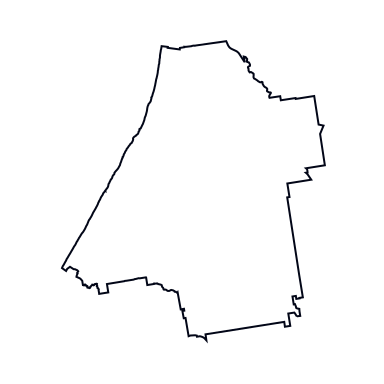 the district of Capel, Western Australia, Australia, rotated 351°
{"feature_id": "25037944B63911738750692", "entity_name": "Capel", "entity_type": "district", "adm_level": 2, "iso_a3": "AUS", "parent_name": "Australia", "parent_adm1": "Western Australia", "projection": "albers", "projection_center": [115.572, -33.527], "detail": "fine", "context": "isolated", "style": "outline", "palette": "ink", "viewbox_px": 384, "rotation_deg": 351, "n_neighbors": 0, "source": "geoboundaries", "source_scale": "gbopen_adm2", "svg_char_len": 5825}
<svg xmlns="http://www.w3.org/2000/svg" viewBox="0 0 384 384"><g transform="rotate(351 192 192)"><path d="M184.8,43.2L183.9,46.0L183.4,47.0L183.0,48.4L182.1,51.0L181.7,52.3L181.4,54.1L180.6,56.2L180.4,57.4L180.0,58.4L180.0,58.9L179.7,60.1L179.1,61.2L178.5,63.4L178.0,64.7L177.7,66.0L177.3,66.8L176.9,68.5L176.4,70.0L175.6,72.1L175.2,73.0L174.8,74.1L174.5,74.6L174.2,75.3L173.3,77.9L172.9,79.0L172.6,79.8L172.4,80.5L171.5,82.6L170.9,84.2L169.7,86.9L168.9,88.3L167.6,91.2L167.2,91.8L166.9,92.0L166.6,92.2L166.6,93.1L166.5,93.3L165.3,96.1L164.7,96.7L163.9,97.5L162.9,98.3L162.6,98.7L162.4,99.4L161.9,100.0L161.6,100.5L160.9,102.3L160.5,103.8L159.9,105.5L159.1,107.3L158.1,109.5L157.1,111.0L156.1,113.6L155.8,114.1L154.1,117.2L153.6,117.8L152.5,119.4L151.8,120.4L151.5,120.9L151.1,121.3L150.8,121.4L150.1,121.4L149.9,121.7L149.8,121.9L149.9,122.5L149.7,123.1L149.3,123.5L148.7,124.0L148.6,124.6L148.1,125.5L147.8,126.0L146.8,126.7L146.1,126.9L145.6,127.5L145.3,127.7L143.8,128.3L142.9,128.9L142.4,129.4L142.1,130.1L142.1,131.0L141.2,132.7L140.3,133.7L140.1,134.1L139.9,134.3L139.0,134.6L138.6,134.9L138.1,135.6L136.4,137.1L135.8,137.9L134.2,139.3L133.7,140.3L132.4,141.6L131.6,143.0L130.5,144.2L130.2,145.2L129.8,145.8L129.5,146.3L129.4,146.4L129.2,146.4L129.0,146.5L128.9,147.3L128.4,147.7L128.3,147.8L128.2,148.3L127.8,148.8L126.9,150.6L126.6,151.2L125.7,152.6L125.1,154.1L124.9,154.4L124.3,155.1L122.7,157.2L121.2,158.5L119.8,159.6L118.6,160.7L118.4,160.9L118.2,161.9L117.6,162.6L117.0,162.9L116.1,163.9L115.9,164.2L115.3,165.6L114.3,166.7L113.7,167.0L113.5,167.5L112.7,168.6L112.3,169.1L111.8,170.0L110.8,171.1L110.7,171.4L110.5,172.1L110.3,172.6L110.1,173.2L109.7,173.9L108.8,175.0L108.4,175.2L107.3,176.4L106.8,176.8L106.6,177.0L106.6,177.3L106.5,177.2L106.4,177.3L106.0,177.6L105.2,178.5L104.1,179.4L103.4,180.7L101.6,182.6L100.6,184.0L100.0,185.1L99.7,185.4L99.2,186.0L98.6,186.7L98.3,187.4L97.9,187.7L97.2,189.1L95.9,191.0L95.3,191.7L94.3,193.1L91.0,197.1L90.1,198.5L89.2,199.8L88.6,200.6L87.3,202.1L86.9,202.7L86.3,203.1L85.9,203.6L85.5,204.1L83.2,208.0L82.5,208.7L80.5,211.7L78.5,214.1L77.7,214.9L76.8,215.6L74.9,217.8L74.4,218.5L73.1,219.8L72.6,220.6L71.7,221.6L71.1,222.5L70.5,223.0L68.5,225.9L67.0,227.4L66.0,228.7L65.3,229.6L63.4,231.9L61.8,233.9L60.9,234.9L58.7,237.6L57.6,238.8L57.3,239.3L57.0,239.9L55.9,241.2L54.0,243.7L52.8,245.0L51.7,246.8L55.3,250.3L56.7,248.4L59.8,246.8L63.0,249.7L64.2,249.9L66.4,251.3L67.2,252.5L65.9,254.0L66.3,254.5L65.1,256.4L64.6,257.7L67.5,259.6L68.2,260.2L69.7,262.5L69.7,266.9L70.8,267.4L71.1,267.3L71.1,267.0L71.2,266.8L71.3,266.7L71.9,266.6L72.1,266.7L72.3,266.9L72.2,267.2L72.2,267.4L72.7,267.8L72.9,268.2L73.3,268.1L73.6,268.3L73.6,268.5L73.8,268.6L73.6,269.4L73.9,269.9L73.9,270.1L74.1,270.1L74.4,270.0L74.9,270.1L75.3,270.8L75.7,270.9L76.0,270.7L76.3,270.7L76.6,270.3L76.5,270.1L76.7,269.8L76.9,269.8L77.9,268.8L78.6,268.5L79.0,267.9L79.3,268.0L79.6,268.3L79.8,268.3L80.0,268.6L80.3,268.8L80.8,268.6L81.2,268.1L81.4,267.8L81.7,267.8L82.1,267.7L83.0,268.0L83.3,267.9L83.4,267.7L83.7,267.8L83.8,267.9L83.7,268.1L83.2,268.5L83.5,269.4L83.7,269.6L83.7,269.8L83.5,270.3L83.3,270.5L83.6,270.9L83.8,271.3L83.7,272.1L83.7,272.3L84.0,272.5L84.3,272.6L84.7,273.6L84.4,274.4L84.4,278.1L93.6,278.1L93.6,269.6L111.3,269.5L111.7,269.3L113.6,269.4L120.8,269.4L121.6,269.1L123.0,269.1L125.8,268.8L126.9,269.1L133.0,269.1L133.3,269.2L133.3,276.9L139.8,276.9L139.8,276.6L140.2,276.4L140.6,276.8L141.2,276.7L142.6,276.9L143.0,276.8L143.2,277.0L143.6,277.0L143.9,277.3L144.2,277.7L144.8,277.8L145.6,278.2L146.7,278.6L147.6,279.4L147.5,280.0L147.7,281.1L148.5,282.2L148.8,283.4L148.7,283.8L148.9,284.0L149.3,284.1L150.8,284.3L151.6,284.9L151.9,285.4L152.6,285.9L153.8,286.1L154.4,286.1L155.5,285.6L156.1,285.5L157.8,286.1L159.1,287.1L159.2,287.6L159.5,287.7L159.6,287.9L160.4,288.0L160.6,288.2L160.9,288.5L161.5,289.2L161.7,289.3L162.1,288.9L162.5,306.2L165.8,306.1L165.8,308.0L163.9,308.0L164.1,315.4L165.9,315.4L166.1,333.9L168.1,333.5L172.7,334.0L174.3,334.6L174.3,335.7L177.2,335.7L178.4,336.2L179.9,337.0L181.3,338.2L183.0,340.8L183.1,334.7L262.8,334.7L262.7,339.6L268.1,339.6L268.1,327.1L274.2,327.1L274.8,328.2L276.1,331.3L276.1,331.2L279.5,331.3L279.5,326.7L279.7,324.2L277.7,323.5L276.8,322.8L276.7,321.2L276.1,318.8L274.9,318.9L274.9,310.9L278.3,310.9L278.3,313.9L281.6,313.9L281.6,313.4L285.0,313.4L284.9,290.9L285.2,212.2L287.5,212.2L287.5,198.5L311.7,198.5L309.0,192.8L308.4,191.9L307.5,190.8L309.2,190.8L309.3,188.9L309.2,187.5L308.3,186.4L327.4,186.4L327.6,154.7L332.3,147.0L327.6,145.2L327.7,116.3L309.0,116.3L309.0,115.4L294.1,115.3L294.1,111.2L283.3,111.1L283.2,110.8L283.2,109.7L283.3,109.2L284.1,108.1L285.3,106.7L285.4,106.4L285.4,106.2L285.0,105.9L283.6,105.6L282.8,104.9L282.3,104.6L282.0,104.3L281.9,104.1L281.9,103.6L282.1,103.1L282.4,102.2L282.4,101.8L281.8,100.8L280.4,99.7L279.8,99.0L279.4,98.3L278.6,96.0L278.8,95.0L278.8,94.6L278.5,94.3L278.1,94.1L276.9,94.4L276.0,94.1L275.2,93.3L274.7,93.0L274.2,92.3L273.2,91.3L271.7,90.0L271.3,89.8L271.0,89.5L270.8,88.7L270.7,88.0L271.1,86.8L271.1,85.8L271.4,85.2L271.3,84.9L270.9,84.3L269.0,82.7L268.7,82.7L268.3,82.9L267.7,82.9L267.4,82.3L266.9,81.1L266.9,80.7L267.1,79.0L266.8,78.3L266.8,77.5L266.9,77.4L267.1,77.1L269.0,76.4L269.1,75.9L269.2,75.1L268.5,73.0L268.3,72.8L267.1,72.3L266.6,71.9L266.6,71.7L266.9,71.0L266.9,70.5L267.2,69.8L267.3,69.3L267.0,68.7L266.5,68.2L266.4,67.6L266.1,67.2L265.5,66.8L264.6,66.5L264.4,66.4L264.4,68.9L264.4,69.0L264.4,71.2L264.4,71.3L264.0,71.3L260.4,63.2L259.7,61.8L258.3,60.2L257.4,59.5L253.7,57.0L252.8,56.3L252.2,55.7L251.6,55.0L251.1,54.0L250.6,52.9L249.4,48.4L218.6,47.9L217.7,48.0L217.3,47.9L217.0,47.7L214.9,47.7L214.2,47.9L209.4,47.7L207.4,47.5L207.2,47.4L207.1,47.8L202.6,47.8L202.2,49.3L190.5,45.8L190.8,44.9L184.8,43.2Z" fill="none" stroke="#020617" stroke-width="2"/></g></svg>